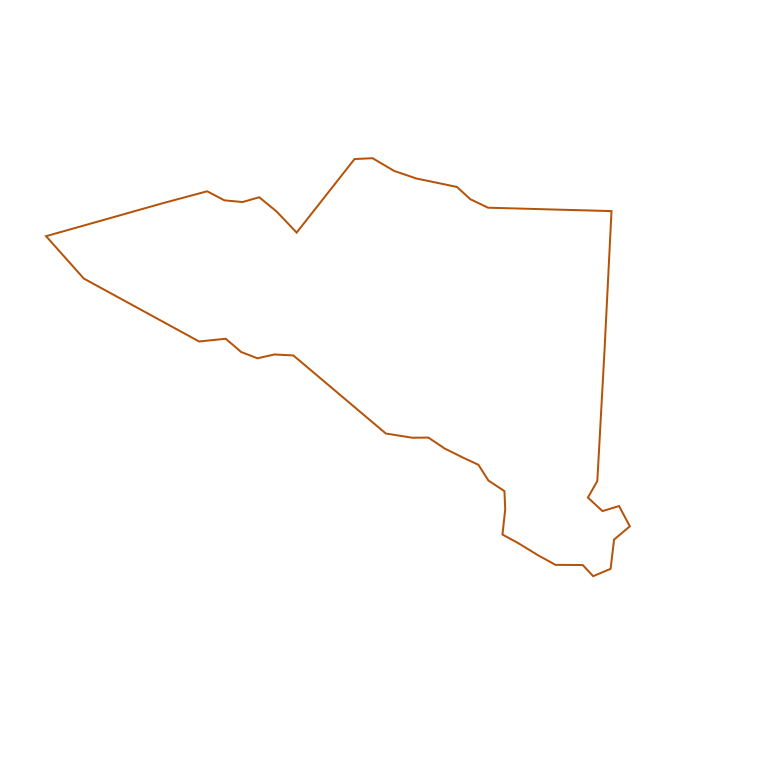 outline of Chã de Alegria, Pernambuco, Brazil, rotated 71°
{"feature_id": "56859067B74341974682366", "entity_name": "Chã de Alegria", "entity_type": "district", "adm_level": 2, "iso_a3": "BRA", "parent_name": "Brazil", "parent_adm1": "Pernambuco", "projection": "albers", "projection_center": [-35.213, -8.007], "detail": "fine", "context": "isolated", "style": "outline", "palette": "amber", "viewbox_px": 768, "rotation_deg": 71, "n_neighbors": 0, "source": "geoboundaries", "source_scale": "gbopen_adm2", "svg_char_len": 729}
<svg xmlns="http://www.w3.org/2000/svg" viewBox="0 0 768 768"><g transform="rotate(71 384 384)"><path d="M632.5,229.9L606.0,217.1L598.6,197.9L575.9,201.5L575.3,218.8L557.8,228.2L545.2,213.9L423.9,164.5L294.6,112.6L251.2,228.2L237.3,242.3L221.5,250.8L200.1,286.7L185.9,305.0L166.8,321.3L161.7,338.6L212.4,417.3L185.9,429.4L166.8,441.2L165.9,458.5L158.4,475.1L144.2,488.5L141.0,534.9L134.2,655.4L186.6,633.5L283.6,545.0L289.7,518.9L307.2,508.7L318.5,495.3L320.4,478.0L327.5,460.4L431.4,398.4L444.0,374.8L449.1,359.5L464.7,347.7L478.9,333.7L491.2,321.0L509.3,316.7L524.5,305.0L542.0,310.2L564.9,321.0L578.5,308.6L596.0,294.2L610.8,280.8L619.9,255.0L633.8,248.8L632.5,229.9Z" fill="none" stroke="#b45309" stroke-width="2"/></g></svg>